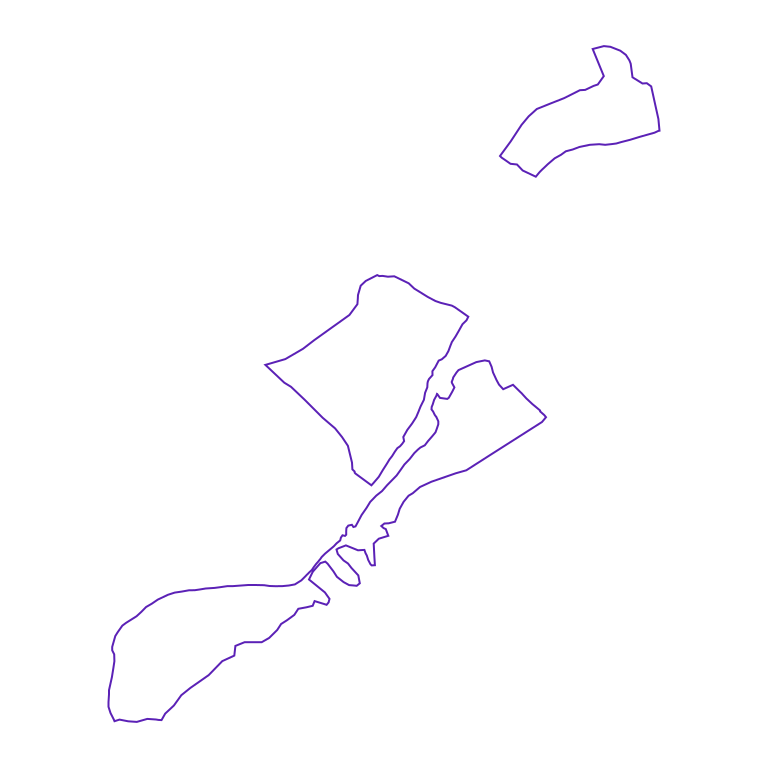 Luxor, Qina, Egypt (Robinson projection)
{"feature_id": "37247803B46466496002040", "entity_name": "Luxor", "entity_type": "district", "adm_level": 2, "iso_a3": "EGY", "parent_name": "Egypt", "parent_adm1": "Qina", "projection": "robinson", "projection_center": [32.598, 25.683], "detail": "fine", "context": "isolated", "style": "outline", "palette": "violet", "viewbox_px": 768, "rotation_deg": 0, "n_neighbors": 0, "source": "geoboundaries", "source_scale": "gbopen_adm2", "svg_char_len": 4552}
<svg xmlns="http://www.w3.org/2000/svg" viewBox="0 0 768 768"><path d="M161.5,720.1L161.7,719.8L165.2,713.6L173.9,705.5L181.3,695.2L190.4,687.9L208.7,675.1L222.3,661.1L234.3,655.6L235.4,645.9L244.6,642.2L252.6,642.2L261.7,642.2L269.2,637.9L277.2,630.0L281.1,624.0L286.9,620.3L294.3,614.9L298.3,608.8L306.4,607.3L312.7,605.8L314.1,602.3L314.6,601.1L324.1,604.0L326.6,604.8L328.6,602.4L329.5,598.9L324.9,592.4L309.0,579.5L312.2,572.9L313.0,571.5L313.9,570.5L320.4,563.1L321.9,562.7L322.5,562.5L325.3,561.6L327.6,563.7L333.4,571.3L336.9,576.8L343.6,582.1L349.1,585.1L353.9,585.5L356.7,585.8L359.8,583.3L358.3,575.4L351.4,567.9L348.0,563.5L343.5,560.4L337.8,554.0L336.5,549.5L338.6,548.2L343.8,546.2L345.9,545.4L355.8,549.4L358.0,550.3L364.4,549.9L365.6,553.3L366.8,555.5L368.2,559.9L370.5,564.3L371.7,565.4L374.9,565.2L374.4,557.2L373.7,543.6L378.8,538.7L388.3,535.8L385.8,529.1L383.6,528.1L381.3,526.0L383.3,524.4L384.4,523.5L388.7,523.3L395.0,521.7L397.9,514.7L399.7,508.8L403.6,501.8L407.6,496.9L408.6,495.7L412.8,493.2L420.0,487.0L431.5,481.7L455.7,473.3L466.3,470.3L491.6,454.1L542.0,422.0L546.0,417.2L544.3,415.1L540.1,411.4L540.1,410.5L535.8,406.9L532.4,404.1L527.5,399.5L526.5,398.6L523.2,395.0L521.5,393.1L520.6,392.3L513.0,384.8L503.2,389.2L499.0,384.6L496.6,380.2L493.0,372.4L491.6,366.8L489.2,361.3L484.8,360.4L476.3,362.1L473.2,363.5L458.5,370.1L456.5,372.5L453.2,377.5L453.0,378.6L451.7,382.0L452.1,383.2L453.2,385.2L454.4,387.4L452.3,391.6L450.1,395.5L448.8,397.8L447.3,398.9L445.1,398.6L440.0,397.9L437.2,394.0L437.0,393.9L436.4,395.7L434.0,400.1L434.0,400.3L433.9,400.6L432.7,404.5L431.7,406.9L431.5,409.4L433.1,411.5L434.7,414.8L436.2,416.9L436.3,416.9L438.3,421.3L438.3,424.3L436.9,428.5L435.5,432.3L432.2,436.3L428.0,441.1L424.8,445.3L420.4,447.5L417.9,449.6L414.3,453.1L409.7,459.0L404.4,464.5L400.4,470.2L396.6,475.5L387.1,485.2L382.0,491.1L376.3,495.6L370.2,501.9L366.6,507.8L363.0,513.0L361.6,515.0L357.1,523.5L355.5,526.4L353.4,527.0L351.9,524.8L348.3,525.6L346.4,528.1L346.2,531.3L346.2,534.7L345.0,535.9L342.5,535.3L340.9,537.6L340.2,540.4L336.6,543.3L333.8,546.3L328.8,550.5L325.1,553.6L321.7,557.0L320.1,559.3L319.3,560.2L318.4,561.4L316.1,564.0L313.7,567.2L311.9,569.9L310.1,571.6L309.0,572.6L307.9,573.8L306.9,574.7L305.7,576.0L303.7,578.0L301.3,580.4L294.9,584.4L288.9,585.5L282.6,586.1L275.7,586.2L269.6,586.0L264.1,585.2L255.5,585.0L248.3,585.0L248.2,585.0L233.2,586.1L227.6,586.1L220.1,587.2L214.7,587.9L205.7,588.5L200.3,589.4L194.8,590.2L194.7,590.2L188.9,590.3L181.6,591.6L174.7,592.6L171.0,593.8L167.9,594.8L157.8,599.6L151.8,603.7L146.1,607.0L141.3,611.9L136.5,616.3L136.0,616.6L126.0,622.9L122.4,625.6L122.2,625.8L122.0,626.1L117.7,632.2L115.3,636.0L112.2,646.9L112.2,650.3L114.2,654.3L114.4,661.2L113.4,667.9L111.9,677.2L109.9,686.2L109.0,690.2L109.0,694.3L108.5,702.2L108.5,706.8L110.5,713.0L113.8,719.5L114.5,721.2L119.5,719.6L128.2,721.3L136.8,721.9L147.3,718.9L156.0,719.5L158.3,719.9L161.5,720.1ZM371.4,485.3L373.5,483.0L378.8,476.8L382.8,470.1L386.9,463.7L389.5,459.4L392.1,456.1L394.9,451.6L397.4,448.1L400.0,446.3L402.2,443.8L404.1,441.1L403.3,437.0L407.3,429.9L412.1,423.5L416.2,417.1L418.7,411.2L419.1,410.1L420.6,406.4L423.9,399.8L425.1,392.8L427.3,387.3L427.5,383.2L427.9,381.3L429.0,379.0L432.5,375.1L432.4,371.2L435.2,367.3L438.7,360.6L441.8,359.3L445.7,355.9L448.4,351.1L450.6,345.2L451.4,343.3L451.7,342.3L455.6,336.4L458.6,331.2L462.5,324.2L466.5,320.3L468.3,316.7L454.8,307.2L451.8,305.6L440.9,302.9L435.4,301.0L427.7,296.9L414.3,288.6L408.7,283.3L394.3,276.3L387.9,276.7L382.5,275.9L379.3,276.1L377.2,275.1L365.8,280.9L360.7,285.7L358.0,295.0L357.8,298.9L357.4,304.2L349.4,315.0L335.7,324.8L331.9,327.5L314.3,340.1L303.0,348.8L285.3,359.1L265.4,364.9L284.3,382.7L291.0,386.8L304.5,399.6L322.7,417.8L335.1,428.4L342.0,437.0L347.9,445.8L352.0,462.6L352.2,466.0L352.4,469.4L354.6,471.5L354.7,472.7L355.5,473.6L371.4,485.3ZM535.8,176.7L539.1,172.7L540.0,171.7L542.4,169.3L543.4,168.4L547.8,164.2L554.7,158.3L561.0,154.8L565.8,151.3L572.7,149.5L579.3,147.0L589.8,144.8L599.2,144.2L605.2,144.8L611.7,144.1L616.3,143.5L621.1,142.1L630.1,139.8L639.9,136.8L654.5,132.7L658.4,130.9L659.5,130.7L658.4,119.0L655.8,107.3L651.2,86.4L646.8,83.2L642.5,83.5L632.5,77.3L630.7,63.7L629.4,60.4L625.9,54.9L620.3,50.7L610.4,46.8L603.9,46.1L592.7,49.0L603.8,76.1L597.8,84.5L593.6,85.9L585.2,89.9L579.9,90.2L564.2,98.1L550.5,103.5L536.8,109.0L528.7,116.3L521.6,124.8L510.7,141.4L500.0,156.0L501.6,157.6L506.1,160.7L510.5,163.8L517.0,164.5L522.7,170.5L535.8,176.7Z" fill="none" stroke="#5b21b6" stroke-width="2"/></svg>